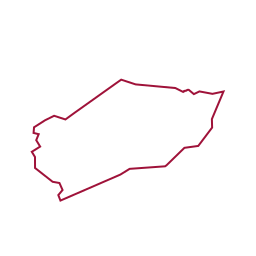 Marion, West Virginia, United States of America, rotated 324°
{"feature_id": "52423323B25945038003590", "entity_name": "Marion", "entity_type": "district", "adm_level": 2, "iso_a3": "USA", "parent_name": "United States of America", "parent_adm1": "West Virginia", "projection": "natural_earth1", "projection_center": [-80.207, 39.513], "detail": "fine", "context": "isolated", "style": "outline", "palette": "rose", "viewbox_px": 256, "rotation_deg": 324, "n_neighbors": 0, "source": "geoboundaries", "source_scale": "gbopen_adm2", "svg_char_len": 674}
<svg xmlns="http://www.w3.org/2000/svg" viewBox="0 0 256 256"><g transform="rotate(324 128 128)"><path d="M226.7,154.6L216.4,150.0L207.3,140.4L201.2,139.3L199.6,132.9L199.2,132.5L198.5,132.1L197.8,132.1L197.5,131.9L196.9,132.0L196.2,131.5L195.4,131.5L195.3,131.1L195.0,131.0L193.8,131.2L189.8,123.5L159.8,97.2L150.9,84.9L144.6,84.8L94.7,84.3L82.4,84.3L75.4,74.7L65.5,73.0L52.4,72.2L48.7,76.5L52.1,80.5L46.6,83.9L46.0,91.4L36.2,90.7L35.7,96.8L29.3,105.7L35.4,127.2L40.2,132.2L38.6,139.7L32.2,141.3L30.7,147.0L94.5,161.2L105.3,162.0L135.5,180.8L137.2,180.8L162.0,177.2L174.3,183.8L196.3,177.1L201.1,170.1L226.7,154.6Z" fill="none" stroke="#9f1239" stroke-width="2"/></g></svg>